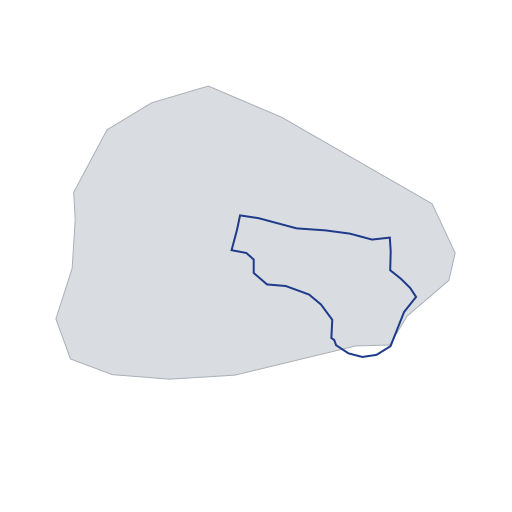 location of Encamp within Andorra, rotated 15°
{"feature_id": "AND-4880", "entity_name": "Encamp", "entity_type": "state/province", "adm_level": 1, "iso_a3": "AND", "parent_name": "Andorra", "parent_adm1": "", "projection": "robinson", "projection_center": [1.643, 42.533], "detail": "fine", "context": "in_parent", "style": "outline", "palette": "blue", "viewbox_px": 512, "rotation_deg": 15, "n_neighbors": 0, "source": "natural_earth", "source_scale": "10m", "svg_char_len": 834}
<svg xmlns="http://www.w3.org/2000/svg" viewBox="0 0 512 512"><g transform="rotate(15 256 256)"><path d="M408.1,307.4L375.5,317.1L266.5,376.5L204.5,397.3L147.8,407.8L103.5,403.5L79.0,368.6L81.6,315.4L71.9,267.4L63.4,241.7L79.5,172.5L115.7,134.9L165.9,104.2L245.0,115.4L412.6,160.0L447.6,201.6L448.6,229.6L417.5,274.9L408.1,307.4Z" fill="#d9dde1" stroke="#a8b0b8" stroke-width="1"/><path d="M421.2,254.1L413.5,271.8L409.3,308.2L398.0,320.3L384.8,326.0L370.5,326.1L356.4,321.4L353.3,316.9L350.0,315.7L346.2,297.9L331.3,286.0L317.2,279.5L292.5,277.3L274.0,280.6L258.2,273.0L254.7,260.0L245.9,255.6L230.9,256.7L230.9,236.1L230.1,220.9L248.5,218.8L265.3,218.8L288.1,218.8L316.3,213.3L340.9,210.1L363.8,210.1L380.5,203.6L384.9,216.6L389.3,235.0L401.7,240.4L413.1,246.9L421.2,254.1Z" fill="none" stroke="#1e3a8a" stroke-width="2"/></g></svg>